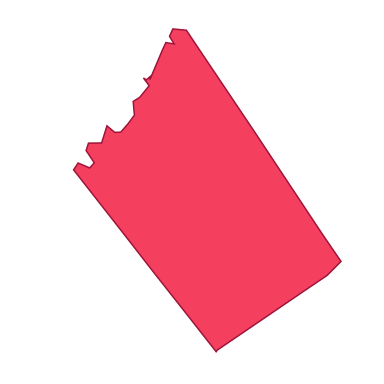 outline of Simpson, Mississippi, United States of America, rotated 56°
{"feature_id": "52423323B36475668892924", "entity_name": "Simpson", "entity_type": "district", "adm_level": 2, "iso_a3": "USA", "parent_name": "United States of America", "parent_adm1": "Mississippi", "projection": "orthographic", "projection_center": [-90.059, 31.901], "detail": "fine", "context": "isolated", "style": "filled", "palette": "rose", "viewbox_px": 384, "rotation_deg": 56, "n_neighbors": 0, "source": "geoboundaries", "source_scale": "gbopen_adm2", "svg_char_len": 594}
<svg xmlns="http://www.w3.org/2000/svg" viewBox="0 0 384 384"><g transform="rotate(56 192 192)"><path d="M107.4,277.8L180.0,272.6L240.0,268.5L287.8,264.9L337.9,261.3L337.2,259.5L336.7,149.2L336.7,126.7L332.9,107.3L299.6,107.5L174.8,106.5L73.0,106.3L54.7,106.2L46.1,116.7L50.4,123.6L59.3,124.0L53.5,130.1L57.6,136.9L75.3,164.1L72.9,162.0L73.5,167.2L70.3,168.5L79.9,168.1L84.3,182.5L84.0,190.1L96.1,196.8L99.7,207.0L102.5,217.6L99.4,222.7L89.6,225.5L100.8,239.5L93.6,250.5L98.4,256.6L113.1,256.7L114.8,263.4L104.3,270.2L107.4,277.8Z" fill="#f43f5e" stroke="#9f1239" stroke-width="1.5"/></g></svg>